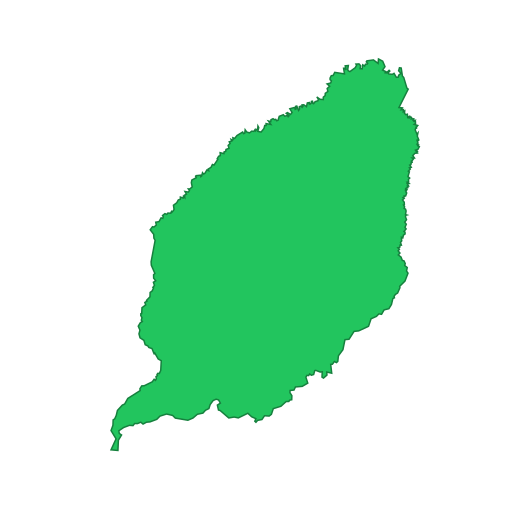 the district of Atalaia do Norte, Amazonas, Brazil, rotated 345°
{"feature_id": "56859067B65485881106504", "entity_name": "Atalaia do Norte", "entity_type": "district", "adm_level": 2, "iso_a3": "BRA", "parent_name": "Brazil", "parent_adm1": "Amazonas", "projection": "mercator", "projection_center": [-71.422, -5.671], "detail": "fine", "context": "isolated", "style": "filled", "palette": "green", "viewbox_px": 512, "rotation_deg": 345, "n_neighbors": 0, "source": "geoboundaries", "source_scale": "gbopen_adm2", "svg_char_len": 6130}
<svg xmlns="http://www.w3.org/2000/svg" viewBox="0 0 512 512"><g transform="rotate(345 256 256)"><path d="M72.3,408.1L75.4,398.3L79.8,394.1L78.0,392.0L78.3,389.3L83.8,387.4L89.9,386.8L93.3,388.0L95.4,386.4L98.1,387.2L101.7,386.7L103.4,389.1L107.2,388.2L110.7,388.8L117.9,388.1L121.8,385.8L128.7,385.5L134.2,388.4L136.1,391.7L147.7,397.0L153.2,396.2L158.4,393.7L164.1,394.0L167.3,391.9L171.0,391.2L173.3,387.6L177.2,384.5L180.4,384.0L182.6,385.3L183.5,388.9L180.1,390.0L179.9,395.1L181.4,396.0L187.8,405.4L193.2,405.9L197.0,407.8L207.4,405.8L210.2,410.2L213.8,413.1L212.1,415.3L212.9,416.6L215.0,415.2L219.4,415.5L222.9,412.5L227.3,414.0L229.9,412.9L233.2,407.9L241.2,407.6L247.4,404.4L250.0,405.0L251.4,403.9L253.3,404.1L254.5,400.2L253.4,396.7L254.1,394.7L258.0,395.3L260.2,392.7L266.9,393.9L273.1,392.2L272.8,385.9L274.3,384.5L275.9,385.1L277.3,383.8L278.6,385.5L281.0,385.4L283.1,381.9L284.1,381.9L288.0,384.7L290.0,385.0L288.4,390.1L289.6,391.4L293.7,389.4L294.3,386.4L298.8,388.8L300.1,380.0L301.8,380.3L304.4,378.2L306.1,379.8L307.7,379.0L309.8,373.7L315.7,369.0L320.3,359.8L324.3,360.5L331.2,354.2L335.8,354.9L346.5,353.0L350.9,346.4L356.7,345.5L359.7,343.7L362.2,344.8L365.8,341.2L370.7,341.3L374.3,337.9L377.2,332.5L378.9,332.2L378.9,330.7L380.7,329.2L383.2,328.4L386.8,323.9L386.9,322.5L393.4,318.8L398.4,311.9L397.5,309.5L399.1,306.3L397.2,303.7L398.2,301.9L397.7,299.0L396.2,298.1L395.8,294.5L393.7,291.8L395.8,290.4L394.6,287.8L396.2,286.7L395.2,284.8L397.0,284.9L398.1,282.7L399.2,283.1L399.1,280.2L400.7,279.1L401.0,276.4L402.1,276.5L401.7,275.6L402.8,275.9L403.8,274.0L405.7,273.3L406.1,271.5L405.3,270.6L408.0,268.7L407.3,266.9L409.4,264.2L408.4,261.8L410.8,259.9L410.5,257.0L411.1,255.4L412.2,255.4L411.1,254.7L412.6,251.4L412.6,249.5L411.4,248.3L412.3,246.9L411.7,244.9L412.6,244.8L413.1,242.4L412.0,239.7L414.0,238.7L413.1,237.6L414.8,237.1L414.8,236.3L416.1,236.7L417.9,234.1L417.3,232.8L419.0,230.9L417.5,231.0L418.0,229.6L420.6,228.8L420.3,227.7L421.5,227.9L420.8,225.2L422.5,225.5L421.2,223.8L422.6,223.9L423.1,221.4L424.6,220.5L423.3,218.7L425.9,214.4L425.1,213.5L427.5,212.0L427.0,210.5L428.9,210.5L428.0,208.0L429.3,207.8L430.5,205.1L431.1,206.5L431.1,204.6L433.2,203.0L432.3,201.8L434.4,202.3L433.4,199.6L436.1,197.9L438.5,198.3L437.6,195.7L438.8,196.4L438.3,194.9L440.0,194.9L442.1,192.6L441.0,191.4L440.8,192.1L440.7,190.9L441.6,190.6L440.5,189.6L441.7,188.9L441.5,185.8L442.5,185.9L442.3,186.6L443.3,186.1L442.8,182.0L444.2,179.1L443.0,179.9L442.4,175.3L443.7,173.4L444.2,174.6L444.2,173.1L446.0,171.8L442.9,169.8L444.4,169.3L444.8,167.3L443.7,166.9L444.8,166.1L442.9,165.6L443.8,164.3L441.5,163.8L442.2,163.1L441.6,161.8L440.6,162.1L440.6,160.8L438.4,161.4L438.9,158.2L437.2,158.2L436.4,156.6L437.2,154.3L435.6,154.8L436.3,152.7L434.0,152.3L435.7,150.8L432.5,149.6L446.2,134.2L445.2,132.8L444.9,121.8L444.0,120.1L444.9,112.0L443.3,111.3L441.7,114.0L443.3,117.1L440.6,118.3L439.7,120.1L437.8,119.7L436.6,115.3L434.8,115.8L431.4,114.6L430.8,113.5L433.1,112.0L432.6,111.1L429.4,112.9L428.2,112.4L429.1,111.5L426.4,109.2L429.6,106.5L428.8,100.6L425.3,97.4L423.8,101.6L420.2,97.0L413.6,96.2L412.8,97.0L413.8,98.7L413.2,99.4L411.4,99.1L410.1,100.6L408.6,99.0L407.0,102.7L405.1,102.0L406.3,99.2L405.2,97.1L402.2,96.5L402.5,97.8L400.6,99.8L394.4,102.2L393.0,100.9L392.9,99.5L394.5,95.9L391.4,95.4L391.2,99.6L390.2,97.5L389.2,97.3L388.6,103.0L379.6,99.0L377.2,101.6L375.4,101.3L373.6,103.3L373.2,104.9L374.2,106.3L372.9,108.2L369.2,108.2L371.1,111.1L368.1,112.6L368.0,115.7L365.0,116.8L364.3,119.0L362.1,120.0L361.5,122.3L358.4,121.2L355.9,118.1L356.8,120.6L356.0,122.1L353.1,122.2L351.1,123.8L350.4,123.3L350.6,121.1L349.7,121.0L349.5,122.3L347.4,123.4L346.7,122.7L347.4,121.6L345.2,121.4L343.4,124.8L341.3,122.3L339.7,122.0L340.0,123.7L339.0,124.4L338.3,122.8L336.5,123.0L336.1,125.3L334.8,126.4L334.2,121.7L333.1,121.7L332.8,124.3L331.8,124.5L331.9,122.5L326.8,122.5L328.0,126.7L326.0,128.2L323.5,125.6L322.1,126.0L324.2,129.1L323.1,129.8L322.5,128.4L319.9,128.4L319.0,126.6L314.6,127.1L312.4,130.6L311.0,130.7L310.4,129.1L309.1,129.1L308.0,127.8L305.8,128.2L305.0,130.0L302.9,128.8L304.4,132.8L300.0,130.7L299.6,132.5L298.2,132.2L296.7,134.9L293.0,137.6L290.0,136.1L291.9,132.7L291.5,131.0L290.7,133.2L288.0,135.0L287.9,133.6L286.2,135.1L284.2,134.3L281.6,135.4L279.1,133.8L278.2,131.3L276.9,134.5L275.7,134.6L275.2,132.8L268.8,134.7L265.8,136.9L264.3,135.8L264.0,137.6L263.2,138.1L262.1,137.0L262.2,138.7L259.7,138.8L260.1,140.6L257.7,142.0L257.8,145.0L254.6,145.3L253.8,147.1L252.1,147.2L251.5,148.8L248.1,146.9L247.5,149.8L245.7,150.0L243.7,152.0L244.2,152.7L239.0,157.3L237.6,156.3L235.5,158.7L232.2,159.7L232.3,161.3L230.8,160.2L228.2,162.8L226.6,163.3L225.9,161.7L224.1,164.8L223.2,165.1L223.4,163.6L219.0,162.9L218.3,163.3L218.6,164.9L213.7,166.0L212.5,168.5L212.3,172.7L209.5,174.1L208.0,173.7L208.7,175.4L207.3,176.8L204.1,175.3L204.8,178.3L202.8,178.7L202.3,181.2L201.4,179.5L200.6,181.2L198.2,179.5L197.5,181.7L195.5,181.7L193.2,184.1L189.4,185.6L188.9,189.9L187.0,191.4L186.0,192.0L185.8,191.2L184.6,192.6L182.0,191.7L180.6,192.7L179.0,191.5L176.2,192.7L176.6,194.1L175.7,195.5L174.2,194.6L171.2,197.7L167.9,197.4L167.7,200.4L164.9,201.6L163.6,200.9L160.6,203.3L162.8,208.6L162.0,212.3L162.6,214.8L153.2,234.4L152.5,237.8L153.8,246.7L152.2,247.6L151.4,250.9L152.7,254.0L150.1,254.8L150.3,258.1L148.3,259.6L148.8,260.3L146.6,262.9L144.3,263.8L143.0,268.0L138.8,270.5L139.0,271.4L136.6,272.1L136.8,274.7L132.5,276.4L130.7,282.0L129.9,281.9L129.3,283.6L129.9,286.1L128.6,288.3L129.2,289.9L127.0,290.5L124.1,293.3L124.7,297.6L122.8,300.9L122.8,305.0L125.9,308.5L126.0,313.0L128.3,314.9L128.8,316.6L131.6,318.5L132.1,323.0L132.3,324.0L133.1,323.4L134.9,330.2L137.4,332.6L134.4,341.8L132.2,344.5L130.9,343.9L129.7,344.8L129.8,346.1L128.2,346.6L128.0,348.7L126.7,350.1L125.7,348.7L123.2,350.7L114.4,352.4L112.0,351.9L109.5,354.2L109.3,356.0L95.3,360.4L90.8,365.0L88.3,365.4L82.2,369.3L79.7,373.9L77.3,376.8L75.6,377.3L74.0,382.5L70.8,387.1L73.5,396.4L65.8,405.7L72.3,408.1ZM438.8,161.7L439.7,161.1L440.1,161.3L439.5,162.2L438.8,161.7Z" fill="#22c55e" stroke="#15803d" stroke-width="1.5"/></g></svg>